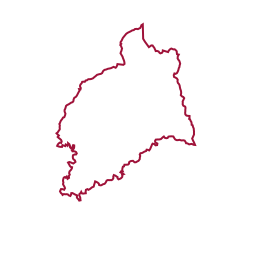 the district of Lebon Régis, Santa Catarina, Brazil, rotated 36°
{"feature_id": "56859067B67369109859398", "entity_name": "Lebon Régis", "entity_type": "district", "adm_level": 2, "iso_a3": "BRA", "parent_name": "Brazil", "parent_adm1": "Santa Catarina", "projection": "robinson", "projection_center": [-50.697, -26.878], "detail": "fine", "context": "isolated", "style": "outline", "palette": "rose", "viewbox_px": 256, "rotation_deg": 36, "n_neighbors": 0, "source": "geoboundaries", "source_scale": "gbopen_adm2", "svg_char_len": 5108}
<svg xmlns="http://www.w3.org/2000/svg" viewBox="0 0 256 256"><g transform="rotate(36 128 128)"><path d="M65.6,125.3L66.8,126.1L67.0,128.2L67.2,129.5L67.4,130.7L67.6,132.1L67.5,133.6L66.8,135.1L67.2,136.9L68.0,138.2L68.0,139.7L67.2,140.7L66.6,142.3L66.0,143.9L65.3,145.0L64.9,146.5L65.4,147.9L65.9,149.3L66.1,150.7L67.0,151.9L68.0,152.6L68.9,153.1L69.6,154.6L70.1,156.7L69.3,157.8L69.5,159.5L69.4,161.4L69.6,162.7L70.0,163.8L70.1,165.1L71.3,165.9L72.1,167.4L73.0,168.4L73.6,169.3L73.6,171.1L73.7,172.8L73.3,174.3L75.1,174.6L76.5,174.7L76.4,176.6L77.8,176.8L79.5,176.8L80.9,177.0L82.2,177.8L82.7,179.3L81.5,179.8L81.0,181.2L80.9,182.6L81.2,184.1L82.6,183.8L84.2,183.1L85.7,182.1L85.0,180.4L86.4,180.0L87.9,179.5L87.3,177.9L88.4,177.7L89.6,177.9L89.4,176.6L88.5,175.5L90.1,175.6L91.5,176.5L92.5,177.7L93.6,177.9L94.5,177.3L94.0,175.7L93.7,174.1L94.7,173.7L95.6,174.9L96.2,176.3L96.2,177.9L95.6,179.0L96.8,179.5L97.8,178.7L98.7,178.2L100.2,178.0L101.5,178.7L101.5,180.0L100.4,180.7L99.5,182.4L100.1,183.5L100.8,184.4L101.6,185.1L102.8,185.4L104.1,185.4L105.4,186.3L105.0,187.7L104.6,188.9L103.4,189.2L101.9,189.5L100.5,190.0L99.8,191.2L101.1,191.8L102.1,192.2L103.1,192.8L104.6,193.1L105.8,192.6L106.3,193.6L106.5,195.2L106.2,197.5L106.9,199.1L108.3,200.0L108.3,201.6L109.6,203.0L109.0,204.6L108.1,203.9L107.0,203.3L106.9,204.8L105.8,204.7L105.2,205.9L105.7,207.5L106.5,209.0L107.8,210.1L108.4,211.6L109.5,212.2L111.0,212.8L112.4,213.7L112.6,215.5L111.0,215.9L109.7,216.8L110.2,219.2L111.9,220.0L113.4,220.1L114.4,220.6L114.9,219.2L116.2,218.5L117.3,217.6L118.3,217.1L119.8,217.3L121.3,216.9L121.1,215.4L120.4,214.0L121.3,213.3L122.8,213.1L124.5,212.9L126.5,212.4L127.1,213.9L128.3,214.6L129.7,214.8L131.2,215.4L132.1,214.4L131.2,213.5L130.2,212.3L129.0,211.6L128.1,211.0L127.5,209.8L127.9,208.5L127.7,207.2L129.1,208.0L130.2,207.5L131.3,206.4L132.2,205.6L131.0,204.2L130.3,202.7L131.1,201.3L132.3,201.3L133.1,199.7L133.7,197.3L134.7,195.6L134.0,193.9L133.5,192.3L132.8,190.5L134.0,190.2L135.5,190.0L137.0,190.1L138.2,191.1L139.4,190.6L140.2,189.8L140.7,188.4L141.9,186.9L142.0,185.1L141.6,183.1L142.3,181.9L143.4,181.3L144.5,180.4L145.4,179.8L145.8,178.7L145.6,177.1L144.6,175.9L144.2,174.4L146.1,173.9L147.2,174.0L148.3,173.8L149.3,174.9L150.5,175.1L151.2,174.1L151.9,172.7L152.1,171.1L151.6,170.1L150.7,169.3L151.6,167.9L150.3,167.9L149.0,168.2L147.9,168.3L147.9,167.0L149.2,166.1L148.1,165.5L147.2,163.9L146.6,162.3L147.3,161.4L146.7,159.8L148.2,158.7L149.5,157.6L149.8,156.3L149.0,155.0L149.5,153.4L150.4,152.4L151.4,151.6L153.4,151.9L154.5,151.1L155.1,149.7L155.8,148.4L155.8,146.3L154.9,144.9L154.3,143.4L153.1,142.6L152.9,141.1L153.8,140.3L154.4,139.3L155.1,137.6L156.2,135.9L155.8,134.6L156.8,134.0L158.3,133.7L158.3,131.9L157.9,130.4L157.6,128.9L157.2,127.5L157.1,126.2L158.7,125.6L160.5,125.8L161.6,124.7L160.9,123.3L159.8,123.4L158.7,123.7L157.5,122.6L157.3,121.1L158.4,120.1L159.9,119.0L161.1,117.7L161.4,116.3L161.6,115.0L162.0,113.8L163.5,114.3L164.9,113.8L165.9,112.8L165.8,111.2L166.7,110.3L168.0,109.2L169.7,108.2L171.4,109.0L172.9,109.5L174.3,109.3L175.5,108.5L176.6,107.3L178.5,106.7L180.0,105.4L181.2,104.9L182.7,105.4L183.9,106.2L184.9,105.6L186.0,105.4L187.1,105.3L188.0,104.3L188.9,103.4L191.0,103.0L192.2,102.3L191.1,101.6L189.7,100.8L188.1,100.0L187.1,99.4L186.1,98.8L185.9,97.5L185.6,96.2L185.2,94.4L184.1,93.0L183.3,91.8L182.5,91.0L181.5,89.8L179.8,88.8L178.7,87.8L177.6,88.0L176.8,86.9L175.7,85.9L174.0,85.2L173.1,84.5L172.1,84.7L171.5,83.1L170.7,82.1L169.6,82.8L168.0,83.6L166.4,83.3L165.3,82.1L164.5,80.7L163.6,79.5L162.7,77.9L161.7,77.1L160.7,77.3L159.5,77.4L158.2,76.6L157.5,75.4L156.6,74.4L156.3,72.7L155.9,70.8L154.5,70.4L153.2,70.7L151.4,70.4L150.5,68.5L149.5,67.3L148.6,66.5L147.5,65.8L146.1,64.6L144.7,63.2L143.4,62.5L141.9,62.2L140.6,61.2L139.9,59.8L138.5,59.2L136.8,59.3L135.2,59.6L133.9,58.3L133.5,56.6L134.6,56.3L135.3,54.9L135.1,53.1L134.6,51.3L133.9,49.7L133.8,48.5L133.1,47.3L132.4,45.3L131.0,44.2L129.8,43.4L128.7,43.2L127.2,42.5L126.2,40.8L125.9,38.8L124.3,39.5L123.4,38.6L122.3,37.3L121.0,37.0L119.5,36.9L118.4,37.8L117.3,38.0L116.3,38.3L115.7,39.7L115.5,41.5L115.8,43.0L110.6,44.8L111.2,45.8L111.3,47.2L110.3,48.6L109.2,48.6L107.8,48.1L106.2,48.6L105.2,49.5L104.0,48.7L103.0,48.2L102.0,47.6L100.7,47.3L99.4,46.8L98.3,47.5L97.9,48.8L97.4,50.3L90.9,48.2L87.8,46.9L79.0,35.4L78.4,37.0L78.8,38.1L79.1,39.9L78.4,41.2L77.9,42.2L76.9,42.6L75.5,43.8L75.1,45.4L74.0,46.6L73.4,48.1L72.6,49.6L71.8,51.1L71.2,52.8L71.1,54.6L71.0,56.3L70.9,58.2L71.2,59.7L71.5,61.2L71.5,62.7L72.0,63.7L73.1,63.9L73.0,65.4L74.3,65.8L75.4,66.6L76.4,67.1L76.8,68.2L77.3,69.3L77.6,70.8L78.1,72.0L79.2,72.4L80.2,72.9L81.5,73.4L82.7,74.3L84.3,75.3L85.5,76.1L86.5,77.0L87.5,78.2L87.1,79.6L81.9,82.5L82.4,83.7L82.7,85.0L82.6,86.5L80.4,87.0L79.1,89.5L78.0,90.8L77.0,91.8L75.9,93.6L74.8,94.8L74.4,96.6L74.8,98.8L74.2,100.2L73.0,101.5L71.7,103.2L71.3,105.1L70.8,106.8L70.5,108.3L69.5,109.9L68.5,110.9L67.2,111.9L66.7,113.6L65.8,114.5L65.9,116.0L64.6,116.8L63.8,117.6L64.2,119.1L64.0,120.6L64.2,121.7L65.0,122.8L66.3,123.4L66.8,124.6L65.6,125.3Z" fill="none" stroke="#9f1239" stroke-width="2"/></g></svg>